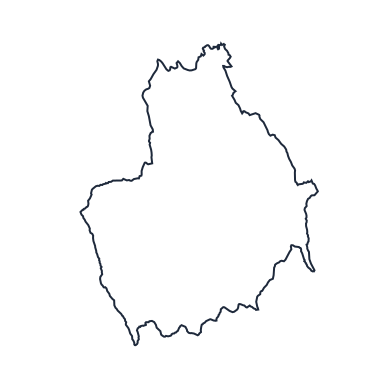 the district of Colta, Chimborazo, Ecuador, rotated 339°
{"feature_id": "8360857B90964740580974", "entity_name": "Colta", "entity_type": "district", "adm_level": 2, "iso_a3": "ECU", "parent_name": "Ecuador", "parent_adm1": "Chimborazo", "projection": "equal_earth", "projection_center": [-78.852, -1.798], "detail": "fine", "context": "isolated", "style": "outline", "palette": "slate", "viewbox_px": 384, "rotation_deg": 339, "n_neighbors": 0, "source": "geoboundaries", "source_scale": "gbopen_adm2", "svg_char_len": 5960}
<svg xmlns="http://www.w3.org/2000/svg" viewBox="0 0 384 384"><g transform="rotate(339 192 192)"><path d="M83.7,314.4L84.5,314.8L86.3,314.2L87.2,313.3L87.8,311.7L89.6,310.4L89.9,308.7L90.6,307.7L91.1,303.2L91.0,301.5L92.5,299.8L93.5,299.6L94.6,298.8L95.4,299.4L96.3,298.8L98.1,299.1L98.9,299.6L99.8,299.4L101.2,299.7L101.4,299.5L101.5,297.6L102.4,297.1L104.8,298.0L105.9,297.4L108.4,298.0L110.1,299.9L110.7,303.1L110.4,306.0L112.6,310.6L112.1,314.1L112.8,315.4L113.9,316.9L114.9,317.4L116.1,317.0L118.0,318.2L120.2,318.5L121.2,318.4L122.0,317.5L123.5,317.3L124.7,317.7L125.9,317.2L126.9,317.4L127.8,316.8L129.0,316.6L131.4,314.1L132.3,313.7L132.8,313.1L134.5,312.6L137.5,315.5L137.9,318.8L137.6,320.1L138.4,322.2L139.7,323.2L140.7,323.4L143.1,324.8L146.0,327.8L147.3,327.5L148.1,326.7L150.2,326.0L150.7,324.1L152.3,321.2L153.6,319.3L154.6,319.3L155.4,318.7L157.0,318.6L158.9,317.6L163.1,317.3L163.8,317.5L166.1,319.7L167.9,320.7L168.8,320.8L169.0,319.9L169.9,318.6L171.9,317.6L172.8,316.3L173.4,316.2L174.6,314.8L175.8,314.1L176.9,311.8L179.9,310.7L181.0,311.3L184.5,316.5L186.8,318.7L188.5,318.9L192.2,317.9L193.5,316.7L195.1,313.9L195.9,313.5L197.2,314.2L199.3,316.2L200.2,316.7L201.1,318.8L201.9,319.5L205.2,318.7L205.7,319.8L206.9,320.9L207.8,322.7L209.3,324.0L209.5,325.0L211.7,325.5L211.9,323.9L211.8,322.6L212.6,317.5L215.4,313.1L216.4,312.5L219.0,311.9L220.0,309.9L221.3,309.3L221.9,309.5L222.5,309.2L224.9,307.2L228.4,305.6L230.6,303.6L233.1,302.1L236.4,302.0L238.4,298.9L241.6,292.0L242.6,291.2L243.6,289.6L245.9,289.0L248.1,288.9L249.6,288.2L251.0,288.3L253.0,289.6L255.0,288.7L261.6,282.9L264.2,281.1L264.8,278.2L265.7,277.3L267.1,277.9L268.5,279.8L272.1,281.7L272.5,282.7L273.2,283.1L273.4,283.9L273.2,285.1L272.6,286.3L272.9,288.7L272.5,294.9L272.8,296.0L272.0,296.8L272.5,297.6L272.6,298.9L273.0,299.5L272.8,300.4L273.1,301.2L272.9,302.1L273.4,304.0L274.9,306.6L275.2,308.3L276.4,309.5L277.2,309.4L277.5,309.7L278.3,309.0L277.4,301.5L277.5,296.8L279.6,290.2L279.7,289.3L279.4,288.6L279.3,286.2L279.8,285.0L280.1,282.2L280.9,282.2L282.2,280.4L283.0,280.0L284.3,277.1L284.3,274.9L284.8,274.0L284.5,271.9L285.2,270.9L285.9,268.5L286.3,264.7L287.2,262.2L288.0,261.5L288.9,259.8L288.6,257.7L289.7,256.9L290.4,255.2L290.7,253.3L290.6,249.6L290.7,248.9L291.6,247.5L294.0,246.2L294.5,244.0L296.0,241.8L297.9,240.0L299.7,239.7L301.5,238.4L302.6,238.1L305.2,238.9L309.7,236.5L309.7,235.9L309.3,233.3L309.3,229.9L308.9,228.2L307.8,227.4L307.7,224.0L306.7,224.7L304.5,224.6L304.1,223.6L302.0,224.4L299.8,223.1L299.2,223.8L298.2,224.0L294.0,223.0L293.3,223.4L293.0,222.6L293.0,220.8L292.2,219.5L292.5,217.7L295.0,210.7L296.0,208.7L296.1,206.9L295.1,203.1L295.1,199.5L294.6,195.9L294.6,192.8L295.0,189.8L294.7,188.1L295.1,186.2L294.9,185.0L294.4,182.6L292.5,179.0L291.3,174.5L289.5,171.1L289.6,168.6L287.9,167.4L285.4,167.5L284.5,165.5L284.4,162.9L284.6,161.5L283.8,152.5L281.9,148.4L281.9,145.9L282.4,144.9L282.3,144.0L279.6,141.2L273.4,140.9L272.9,138.9L270.5,136.6L270.2,135.8L269.5,135.1L268.6,135.1L268.0,136.0L267.0,136.6L266.6,133.6L266.8,131.3L266.5,127.6L264.8,124.4L264.7,121.2L263.9,116.5L264.5,116.3L266.3,114.3L267.4,114.1L268.1,113.3L268.6,113.3L266.8,109.9L266.5,108.1L266.7,102.6L266.4,96.2L266.7,90.6L266.0,87.0L266.3,85.5L267.1,85.8L267.9,86.9L269.5,88.1L270.7,88.2L272.9,89.0L273.9,88.9L272.1,82.6L272.3,82.1L275.4,80.5L276.6,79.5L276.2,77.7L275.3,76.9L275.7,75.5L275.3,72.7L274.2,70.5L274.1,68.9L274.2,67.5L275.4,66.3L275.2,66.0L274.7,65.9L274.6,65.2L272.7,65.5L272.3,63.9L271.7,64.8L270.8,64.9L269.3,64.1L268.6,64.5L269.3,66.1L268.6,67.9L267.5,68.1L267.3,67.3L267.7,66.4L267.3,65.4L266.2,65.0L265.8,65.2L264.8,64.4L264.5,64.8L264.1,64.5L263.8,65.4L263.3,65.5L262.2,65.6L261.1,65.1L260.6,64.0L260.3,61.9L259.6,60.7L258.7,60.4L256.3,60.9L256.0,61.3L254.1,61.3L253.4,62.1L253.8,64.3L253.4,64.5L253.3,65.1L253.7,66.8L253.1,68.0L251.5,68.7L250.3,66.6L248.8,68.5L246.4,68.6L245.2,70.8L242.9,72.4L242.1,73.5L240.2,77.8L239.2,78.5L235.3,78.3L233.4,77.7L231.8,76.6L228.6,73.7L227.5,70.8L226.9,67.4L225.8,65.0L223.8,66.1L223.6,68.8L223.2,70.0L222.5,70.5L220.2,70.6L217.3,67.6L216.5,67.8L215.6,69.6L214.8,70.4L213.3,70.4L212.1,68.3L210.7,61.3L210.0,59.2L208.8,57.1L207.7,56.2L206.5,57.5L206.1,60.4L205.4,62.0L202.7,65.2L198.2,68.2L193.9,71.8L191.4,73.2L191.0,77.8L189.5,79.6L188.2,79.9L186.0,79.8L183.9,80.4L182.1,81.7L180.3,84.3L180.0,86.4L181.5,95.7L179.3,100.5L178.9,105.8L177.2,114.9L177.8,119.5L177.2,121.7L176.4,121.5L175.6,122.0L174.6,122.1L172.4,124.3L171.5,127.2L170.1,128.9L170.0,129.6L170.5,131.1L169.4,132.6L169.0,137.8L168.4,140.6L167.5,143.5L166.6,145.0L165.1,151.0L161.0,150.4L160.4,149.7L159.7,148.3L158.8,147.7L158.3,147.8L154.9,151.2L152.5,154.3L151.2,157.8L150.6,158.6L148.8,158.4L147.3,160.3L146.0,159.7L142.4,159.1L139.7,159.9L138.4,159.3L137.6,158.3L135.3,157.8L132.6,155.1L130.6,156.1L122.2,153.0L120.1,153.5L117.8,152.8L116.7,153.6L115.6,153.2L114.9,153.3L114.7,152.9L114.3,153.2L111.6,152.9L110.8,153.3L109.1,152.5L107.7,153.1L106.0,152.3L104.3,152.2L100.3,153.5L99.3,154.1L97.4,156.9L97.2,157.4L97.4,158.3L96.4,159.4L94.4,161.4L91.9,162.9L91.1,165.9L90.0,167.6L89.0,168.3L88.2,168.2L86.2,169.1L85.1,169.0L84.3,169.7L83.6,169.4L80.7,170.7L80.7,173.5L81.6,175.5L81.3,177.5L81.9,179.3L82.0,181.5L83.3,185.7L83.5,189.5L82.7,191.0L82.6,193.7L83.9,195.3L84.1,197.2L83.1,199.6L82.4,202.5L82.2,207.7L81.8,209.0L81.5,212.6L81.0,214.2L81.2,216.0L80.9,219.0L81.5,221.2L80.8,222.3L81.0,223.5L80.4,225.0L80.7,226.3L80.2,227.9L80.7,229.6L79.5,230.4L79.6,233.4L79.0,234.7L78.7,236.6L76.0,238.4L75.0,240.3L74.3,244.5L74.4,246.0L75.0,247.2L75.4,249.3L75.8,249.7L76.9,249.8L77.6,251.3L77.4,254.2L78.3,257.3L78.1,259.6L79.4,263.3L80.5,265.2L78.9,270.0L79.1,272.7L79.8,274.2L80.1,276.0L82.2,280.4L82.6,282.7L83.1,283.2L83.2,284.9L83.8,286.7L83.4,288.5L83.9,290.0L82.9,291.5L82.7,292.3L83.8,296.2L83.9,298.1L83.6,302.0L84.4,305.0L83.5,308.1L84.0,309.6L84.1,312.0L83.5,313.6L83.7,314.4Z" fill="none" stroke="#1e293b" stroke-width="2"/></g></svg>